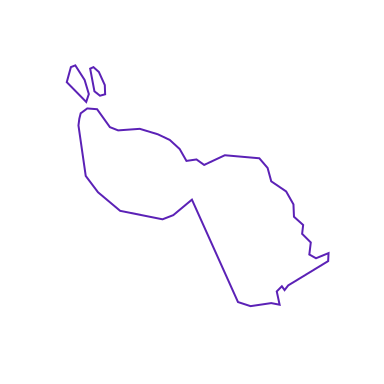 Sindo, North Korea (Albers equal-area conic projection), rotated 285°
{"feature_id": "82179303B2981535202544", "entity_name": "Sindo", "entity_type": "district", "adm_level": 2, "iso_a3": "PRK", "parent_name": "North Korea", "parent_adm1": "", "projection": "albers", "projection_center": [124.262, 39.858], "detail": "fine", "context": "isolated", "style": "outline", "palette": "violet", "viewbox_px": 384, "rotation_deg": 285, "n_neighbors": 0, "source": "geoboundaries", "source_scale": "gbopen_adm2", "svg_char_len": 840}
<svg xmlns="http://www.w3.org/2000/svg" viewBox="0 0 384 384"><g transform="rotate(285 192 192)"><path d="M194.5,296.9L206.3,293.2L216.9,282.8L222.8,265.8L234.8,258.8L242.0,248.3L236.0,214.2L221.3,196.7L224.6,187.9L220.6,178.6L230.3,169.0L236.5,157.1L238.9,144.1L239.5,125.2L232.4,104.7L233.4,95.9L247.4,78.9L245.6,69.2L239.2,64.1L233.6,64.2L226.9,65.1L180.0,85.2L167.4,101.3L155.2,127.5L158.0,170.6L164.8,179.9L184.6,193.9L97.6,264.9L96.9,278.1L105.2,297.3L105.8,305.8L117.9,299.6L124.2,303.2L121.2,306.8L126.7,309.1L160.5,341.4L168.3,339.7L160.1,328.9L162.0,321.5L174.0,319.8L180.1,309.2L188.9,307.9L194.5,296.9ZM272.4,59.3L284.1,46.5L281.3,42.7L265.7,42.6L251.6,66.5L259.9,67.0L272.4,59.3ZM272.7,80.1L283.8,71.0L287.1,64.5L284.8,61.7L264.0,71.7L261.2,78.2L263.9,82.8L272.7,80.1Z" fill="none" stroke="#5b21b6" stroke-width="2"/></g></svg>